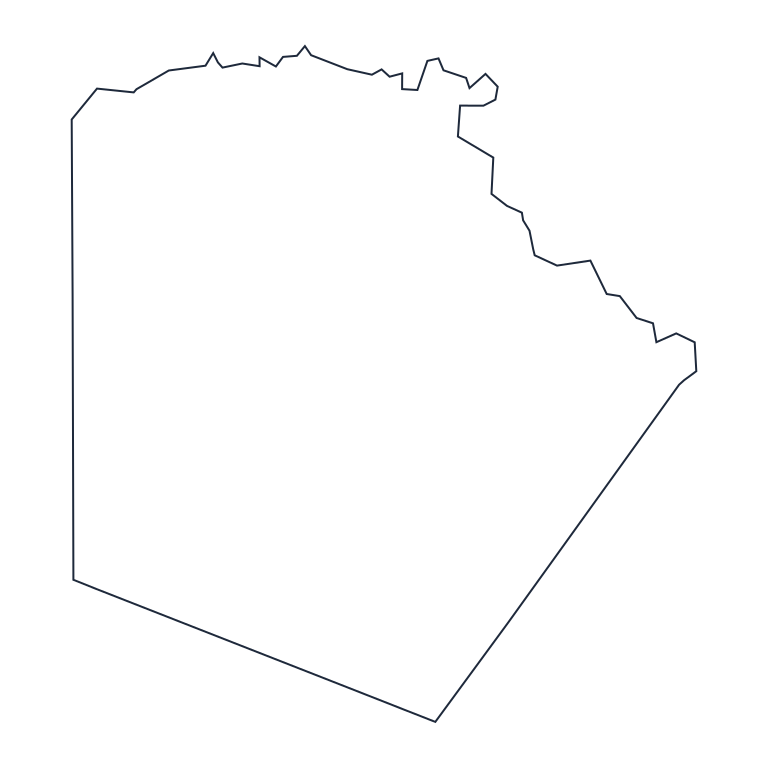 outline of Bexar, Texas, United States of America
{"feature_id": "52423323B3019751705730", "entity_name": "Bexar", "entity_type": "district", "adm_level": 2, "iso_a3": "USA", "parent_name": "United States of America", "parent_adm1": "Texas", "projection": "mercator", "projection_center": [-98.439, 29.438], "detail": "fine", "context": "isolated", "style": "outline", "palette": "slate", "viewbox_px": 768, "rotation_deg": 0, "n_neighbors": 0, "source": "geoboundaries", "source_scale": "gbopen_adm2", "svg_char_len": 857}
<svg xmlns="http://www.w3.org/2000/svg" viewBox="0 0 768 768"><path d="M97.0,88.6L71.7,119.5L72.6,295.5L73.4,579.8L96.1,588.9L365.3,694.4L404.2,709.7L435.3,721.9L508.3,622.4L679.1,384.7L684.1,380.2L696.3,371.2L694.7,342.3L676.2,333.4L656.4,342.2L653.0,323.3L636.6,318.0L619.8,296.1L606.7,294.0L590.4,260.6L557.0,265.6L534.7,255.3L533.2,249.2L529.5,230.7L523.1,220.3L523.1,220.2L521.9,212.7L507.0,205.9L491.5,193.9L493.3,157.6L457.9,136.5L460.1,105.6L483.4,105.7L495.4,99.6L497.7,86.7L485.5,73.9L469.5,88.1L466.1,77.9L443.5,70.3L438.5,58.4L427.4,60.9L417.4,90.0L402.1,89.1L402.2,73.4L389.6,76.7L381.6,69.4L371.9,74.7L347.3,69.2L311.1,55.2L304.9,46.1L296.9,55.8L283.0,56.9L275.9,66.5L259.5,57.3L259.6,66.2L242.3,63.5L222.5,67.6L217.9,62.4L213.2,53.1L205.5,65.7L168.8,70.5L136.5,89.2L133.7,92.4L97.0,88.6Z" fill="none" stroke="#1e293b" stroke-width="2"/></svg>